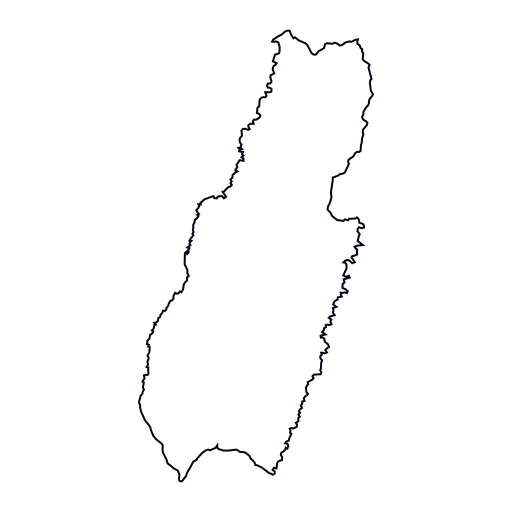 Tiros, Minas Gerais, Brazil
{"feature_id": "56859067B17885968557044", "entity_name": "Tiros", "entity_type": "district", "adm_level": 2, "iso_a3": "BRA", "parent_name": "Brazil", "parent_adm1": "Minas Gerais", "projection": "robinson", "projection_center": [-45.811, -18.837], "detail": "fine", "context": "isolated", "style": "outline", "palette": "ink", "viewbox_px": 512, "rotation_deg": 0, "n_neighbors": 0, "source": "geoboundaries", "source_scale": "gbopen_adm2", "svg_char_len": 6047}
<svg xmlns="http://www.w3.org/2000/svg" viewBox="0 0 512 512"><path d="M139.0,402.5L140.2,405.1L140.1,407.2L141.0,411.5L145.0,420.3L149.2,425.4L150.3,427.5L151.1,430.5L153.4,436.0L156.4,439.5L161.8,443.7L162.8,445.5L162.5,449.4L163.0,452.7L166.6,459.9L167.7,463.5L171.5,466.3L172.9,467.8L178.0,470.8L179.4,474.6L179.0,479.9L180.0,481.2L181.9,481.3L186.1,476.0L186.6,473.9L187.8,471.5L190.3,467.4L193.2,461.7L196.5,459.9L197.4,458.2L202.4,452.7L206.2,450.2L208.1,449.6L210.0,450.3L215.5,447.9L217.2,445.4L217.3,447.7L218.7,449.1L223.4,450.5L228.3,450.6L236.0,449.6L238.0,450.4L239.7,451.9L243.6,452.1L245.3,452.6L249.6,456.0L250.5,458.4L253.7,461.3L254.8,463.1L255.3,464.9L257.5,465.4L262.2,467.8L269.4,473.3L271.0,473.6L272.7,474.8L274.8,473.5L274.7,471.5L272.6,469.8L274.0,467.8L276.5,468.4L277.1,463.2L278.4,461.3L282.0,460.1L282.1,457.0L280.8,454.9L281.3,452.7L283.2,451.6L285.4,449.6L285.7,447.7L287.4,448.6L288.4,446.1L287.5,443.9L285.1,443.3L286.4,441.5L288.7,440.7L289.3,438.2L291.4,434.0L290.0,432.8L290.5,430.8L289.7,428.7L291.5,428.0L293.5,428.5L296.9,426.7L297.0,424.5L295.8,422.8L298.3,421.3L298.3,417.8L299.7,416.8L298.4,414.5L300.1,412.7L298.9,411.6L299.7,409.6L302.0,407.9L300.8,405.6L302.2,403.7L302.2,401.6L304.5,400.9L303.8,398.4L305.0,396.6L307.1,395.1L308.0,393.8L306.5,392.3L305.9,387.5L307.0,385.5L308.2,384.3L307.7,382.2L312.3,379.6L313.6,378.1L312.4,376.2L313.8,374.7L320.6,374.2L321.3,372.1L320.2,370.2L320.9,368.5L321.2,362.8L322.1,360.2L320.5,358.7L320.2,356.3L321.9,354.5L321.2,352.7L323.1,352.8L324.7,353.4L326.9,352.4L325.3,350.1L326.9,348.3L329.0,347.0L328.1,344.4L324.8,341.7L324.3,338.6L322.7,337.5L320.8,337.5L320.6,335.6L325.5,334.5L322.1,332.1L323.8,330.2L324.1,328.2L326.0,327.2L325.7,325.1L327.4,324.6L329.3,325.0L331.5,324.3L330.4,321.6L331.4,319.6L328.8,317.9L330.4,316.3L334.6,315.2L332.9,312.5L333.5,310.3L332.8,308.2L336.4,306.9L333.2,304.4L334.1,302.1L335.4,300.6L337.6,299.6L337.8,297.3L341.8,296.6L340.8,294.9L340.7,292.7L342.6,292.9L344.8,292.4L346.9,293.1L347.7,291.3L345.9,289.5L342.4,287.9L342.6,284.2L344.5,282.4L343.6,279.4L349.7,277.6L348.8,275.7L347.0,276.5L345.1,276.5L343.3,275.4L346.5,268.5L346.6,266.5L346.3,264.2L345.2,262.7L343.4,262.4L344.9,260.9L347.2,260.0L348.8,260.2L352.3,263.2L354.8,262.2L352.9,259.2L351.4,257.7L352.3,256.1L354.6,255.6L357.2,254.5L356.8,251.8L357.2,249.6L355.7,248.5L354.6,246.9L357.0,245.7L362.9,245.0L357.7,241.0L358.8,236.3L359.7,234.3L357.5,231.1L357.7,228.8L359.1,227.2L361.3,228.2L364.0,227.6L363.9,225.4L362.6,223.7L359.5,222.9L358.5,218.9L356.9,217.4L355.0,218.6L349.1,218.8L348.1,220.4L346.4,219.6L344.8,219.5L343.5,220.9L337.3,220.1L332.2,216.1L330.3,212.3L328.8,211.1L327.5,209.1L328.2,206.0L329.9,202.9L331.5,197.2L330.9,192.5L332.8,179.8L332.8,177.6L338.1,175.6L339.6,174.3L343.5,173.4L344.9,172.5L348.9,163.8L348.1,161.8L348.6,159.7L353.1,156.6L355.3,153.0L357.0,151.8L359.1,151.9L360.6,150.9L360.9,145.3L361.6,143.2L362.1,138.3L363.4,134.6L362.7,132.2L363.0,129.7L366.9,125.1L367.4,122.8L366.0,121.2L364.1,120.3L362.8,119.0L362.1,116.7L363.3,114.5L363.5,111.7L366.2,107.3L368.1,105.3L368.9,103.7L369.0,101.0L369.5,99.3L372.2,95.9L373.0,94.3L370.8,90.4L369.9,83.0L370.3,80.3L371.5,78.9L368.5,67.5L369.6,64.8L368.1,63.4L364.2,61.0L362.7,59.1L363.3,53.5L362.1,51.6L362.1,49.1L360.5,48.0L359.8,45.5L357.3,43.6L357.3,41.3L357.9,39.4L355.3,39.8L351.2,41.9L349.5,41.4L345.6,42.4L342.0,45.1L339.9,45.5L336.6,43.3L334.7,42.7L332.4,43.8L327.3,43.2L325.1,44.1L324.0,48.2L318.5,51.3L316.1,54.4L314.6,54.8L313.0,54.2L311.5,53.0L307.2,44.8L305.4,43.3L298.3,40.1L295.1,37.3L293.5,38.3L291.1,34.7L289.6,30.7L287.4,30.7L285.4,31.3L281.6,34.6L278.2,36.3L273.3,39.5L272.2,41.6L274.2,41.9L275.7,41.4L278.3,42.3L279.6,46.8L279.6,51.6L278.9,53.4L274.9,54.7L272.9,61.4L276.6,63.1L275.6,64.8L273.8,65.8L273.0,67.5L272.7,69.2L274.2,73.5L270.7,75.2L270.3,77.0L271.5,81.7L270.3,83.5L267.9,83.5L266.9,85.6L267.9,87.6L269.9,87.9L271.5,89.0L271.3,91.6L269.9,92.3L265.2,92.2L266.5,95.8L265.5,97.3L263.5,97.1L261.4,97.7L259.6,99.8L259.2,106.3L257.5,107.7L256.9,113.1L258.9,113.7L260.4,115.4L259.5,117.5L256.2,119.7L253.8,119.7L252.8,121.7L253.7,123.7L250.0,123.9L248.2,125.4L248.7,127.6L249.7,129.2L248.1,129.8L245.5,128.9L243.0,128.8L241.5,130.5L242.0,135.9L240.4,137.5L239.6,139.3L239.8,142.3L241.5,144.5L240.6,147.3L242.0,149.1L239.8,149.4L239.1,151.3L243.0,152.0L242.0,154.2L243.4,155.6L241.5,157.2L243.5,158.5L243.5,160.8L239.6,160.2L236.5,165.0L237.4,167.0L235.3,170.0L237.5,171.4L235.5,172.4L232.6,175.0L232.4,177.6L230.4,179.6L231.7,181.2L230.5,183.2L231.8,185.0L230.3,186.6L228.6,187.0L227.1,188.2L224.3,191.2L222.6,191.8L226.1,196.8L223.9,198.3L222.0,196.1L219.6,196.3L217.8,196.6L216.7,198.4L214.2,198.1L213.6,196.2L211.9,196.6L204.2,199.4L202.7,201.1L200.5,202.7L200.7,204.6L198.4,204.2L199.1,206.3L198.0,208.4L196.3,210.2L197.3,212.2L198.9,214.0L197.2,214.9L198.5,216.0L196.8,218.5L195.1,219.6L194.4,222.4L193.2,225.0L193.3,227.7L192.8,230.2L193.6,232.0L192.4,233.8L193.4,235.3L190.5,238.8L189.5,240.6L191.3,240.9L190.1,242.2L189.4,243.9L190.4,245.2L187.4,247.5L189.3,248.3L188.2,249.9L188.7,252.4L187.2,254.0L186.5,251.7L184.9,253.0L184.6,264.3L187.4,270.0L187.4,273.5L188.8,275.9L187.0,277.5L187.0,280.6L185.1,282.4L183.8,284.5L183.0,289.6L181.3,292.2L179.9,291.4L178.4,293.3L176.6,293.7L175.1,292.8L173.4,296.1L173.5,298.7L172.2,300.3L170.5,300.7L169.0,303.1L168.1,305.8L166.6,307.6L166.2,309.8L164.9,310.9L163.1,310.7L162.3,312.8L160.4,315.1L160.1,317.1L158.3,318.1L158.0,320.8L156.2,322.5L154.3,322.8L155.7,324.7L154.2,325.1L154.0,327.3L153.2,329.4L151.9,330.4L153.2,331.6L152.0,333.7L150.2,334.7L149.4,338.7L147.4,340.9L147.0,344.1L148.9,344.8L148.1,346.6L149.7,347.0L149.4,352.1L147.4,355.8L148.6,357.3L148.5,359.2L147.4,361.4L148.0,364.9L146.6,366.9L148.4,367.8L148.1,369.9L148.5,373.1L147.7,374.9L145.5,374.8L143.9,375.4L144.6,378.3L142.4,381.5L143.8,382.5L142.9,387.8L144.0,389.5L142.8,391.6L142.2,394.1L140.6,395.7L140.3,397.5L139.4,399.9L139.0,402.5ZM240.6,147.3L238.4,147.9L239.8,149.4L240.6,147.3Z" fill="none" stroke="#020617" stroke-width="2"/></svg>